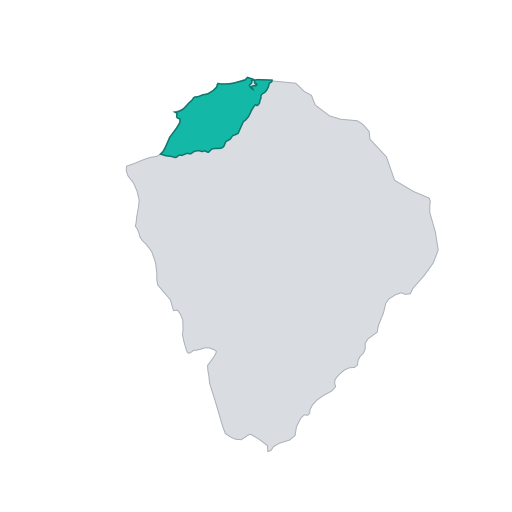 location of Rocha within Uruguay, rotated 210°
{"feature_id": "URY-22", "entity_name": "Rocha", "entity_type": "Department", "adm_level": 1, "iso_a3": "URY", "parent_name": "Uruguay", "parent_adm1": "", "projection": "mercator", "projection_center": [-54.149, -33.966], "detail": "fine", "context": "in_parent", "style": "filled", "palette": "teal", "viewbox_px": 512, "rotation_deg": 210, "n_neighbors": 0, "source": "natural_earth", "source_scale": "10m", "svg_char_len": 4096}
<svg xmlns="http://www.w3.org/2000/svg" viewBox="0 0 512 512"><g transform="rotate(210 256 256)"><path d="M398.6,340.2L395.7,342.9L392.5,347.8L388.9,359.8L376.5,376.4L374.0,385.8L360.7,395.6L351.4,406.6L345.3,406.3L339.7,411.1L308.0,425.5L296.6,422.7L288.2,422.8L280.3,416.4L262.4,414.1L251.2,416.7L236.1,423.7L231.6,423.6L228.3,423.2L220.2,420.3L215.7,414.1L192.5,407.0L173.9,390.9L151.9,390.6L135.0,392.7L132.4,390.6L130.7,386.5L127.2,380.5L112.6,366.4L101.2,352.3L99.0,338.6L100.5,323.7L104.0,306.0L103.4,300.5L107.6,297.4L111.8,296.8L115.8,292.2L119.4,285.4L120.0,280.2L117.2,270.6L115.3,257.2L113.0,250.5L117.6,240.1L117.8,235.0L115.1,230.5L114.4,225.9L115.6,221.2L115.4,216.6L113.7,212.3L115.0,208.7L119.2,205.9L122.4,201.5L124.5,195.7L125.5,191.2L125.6,188.1L124.3,185.2L121.7,182.5L122.9,177.0L127.9,168.9L131.2,161.7L132.6,155.4L132.5,150.4L130.9,146.5L131.6,143.9L134.7,142.6L136.1,138.5L135.6,128.4L132.4,120.1L134.8,113.5L141.9,105.9L145.5,99.8L145.8,95.1L148.0,92.5L151.3,97.5L161.3,98.8L171.3,99.0L172.9,97.7L176.9,89.5L182.1,87.1L187.7,86.5L193.9,87.0L200.4,92.4L219.0,110.2L232.7,122.7L236.8,128.5L240.5,132.9L243.2,137.0L242.0,147.7L242.2,152.4L242.8,153.7L245.9,153.8L250.6,153.0L254.5,150.8L257.5,147.4L260.5,144.6L262.9,143.1L263.8,140.8L265.1,138.5L266.6,138.0L269.3,139.7L275.6,145.8L280.6,151.4L281.8,154.7L283.7,158.0L285.7,161.0L287.2,163.8L292.0,167.6L296.8,169.9L300.1,167.5L308.4,175.3L326.6,181.8L330.0,185.7L333.1,191.3L339.5,199.8L348.3,207.5L355.4,210.7L362.2,212.6L366.0,214.3L368.6,217.2L372.8,220.4L375.4,221.5L376.3,224.4L379.0,230.6L381.8,238.4L384.9,245.7L391.5,252.8L399.0,258.2L406.8,261.3L411.2,265.2L413.0,269.1L407.8,275.1L402.1,282.5L397.1,288.4L391.9,292.5L390.2,295.3L389.0,299.7L389.1,323.0L388.7,331.7L389.0,334.1L389.8,335.6L393.1,337.9L397.0,339.9L398.6,340.2Z" fill="#d9dde1" stroke="#a8b0b8" stroke-width="1"/><path d="M389.7,296.5L388.7,299.7L388.8,304.9L390.1,315.6L388.7,327.3L388.6,333.6L390.2,336.5L391.4,336.5L392.5,336.3L393.5,336.3L394.4,337.0L395.0,338.2L395.4,339.4L396.1,340.2L398.0,340.1L397.0,340.8L395.9,341.8L393.8,344.4L392.5,346.8L391.8,349.3L390.6,355.2L389.4,358.7L389.1,362.0L388.6,363.0L386.5,364.5L385.5,365.4L382.6,369.1L379.5,371.6L378.4,372.8L376.3,377.0L375.8,377.7L375.6,378.5L374.4,382.6L375.3,385.2L375.2,386.5L372.8,387.2L367.4,390.3L363.0,393.4L354.0,402.3L353.3,403.2L353.0,404.5L353.0,405.6L352.7,406.4L347.3,407.6L346.0,407.7L346.2,407.1L346.6,406.6L347.6,405.7L347.2,405.3L346.8,404.9L346.5,404.3L346.4,403.7L346.5,402.8L347.1,401.1L347.2,400.8L346.4,399.9L344.8,399.2L343.1,398.8L341.9,398.8L342.6,399.3L344.8,400.2L344.3,401.1L343.3,402.1L342.2,402.9L341.3,403.2L341.0,403.7L341.0,404.7L341.4,405.4L342.4,405.3L342.3,404.7L343.2,404.9L344.2,405.8L344.8,407.4L344.3,408.3L343.2,409.3L330.0,416.4L329.9,416.3L329.7,415.6L329.6,415.2L329.6,414.6L329.9,413.9L330.1,413.5L330.6,412.9L330.7,412.6L330.8,412.2L330.7,411.8L330.0,409.2L329.8,408.4L329.7,405.5L329.8,403.9L330.3,402.0L330.5,401.5L331.5,399.9L331.7,399.2L331.8,398.8L331.9,398.3L331.9,397.7L331.6,396.8L331.4,396.3L330.9,395.7L330.7,395.4L330.6,394.9L330.4,393.0L330.3,392.3L330.1,391.9L329.7,391.3L329.6,390.8L329.5,390.1L329.6,388.7L329.8,387.8L330.2,386.9L330.6,386.7L331.0,386.7L331.3,386.9L331.7,386.9L331.9,386.9L332.1,386.8L332.2,386.5L332.5,384.5L332.7,380.2L332.6,378.6L332.4,377.3L332.2,372.9L332.9,369.0L333.0,368.6L333.1,368.2L333.8,366.9L333.9,366.5L334.1,365.7L334.1,365.4L332.8,353.3L334.3,351.0L336.1,348.9L336.3,348.5L336.5,347.7L336.6,345.5L336.8,344.4L337.0,343.8L337.2,343.4L337.6,342.9L338.9,340.7L339.2,339.9L339.3,339.3L338.7,335.3L339.0,333.8L339.5,332.7L340.8,331.3L345.5,328.5L347.8,326.5L349.0,322.1L350.1,321.6L351.5,321.6L352.9,321.4L353.3,321.2L353.6,320.9L353.9,320.6L354.2,320.1L354.9,319.5L358.0,318.7L359.4,317.8L360.8,316.7L362.0,315.3L363.5,312.1L364.1,311.5L366.1,310.9L367.5,310.0L369.4,307.4L370.4,306.2L371.3,305.7L372.7,305.1L373.3,304.5L373.6,303.7L373.8,302.9L374.1,302.1L374.7,301.3L375.0,301.0L379.7,299.7L384.0,297.8L389.6,296.5L389.7,296.5Z" fill="#14b8a6" stroke="#0f766e" stroke-width="1.5"/></g></svg>